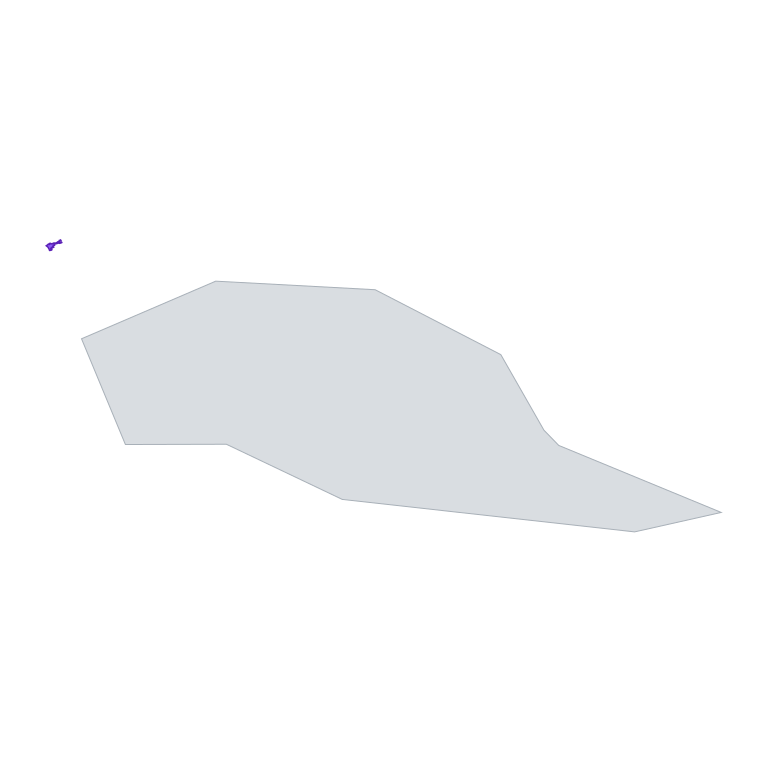 Meketii, Koror, Palau shown in context, rotated 87°
{"feature_id": "81905179B7875466527963", "entity_name": "Meketii", "entity_type": "district", "adm_level": 2, "iso_a3": "PLW", "parent_name": "Palau", "parent_adm1": "Koror", "projection": "mercator", "projection_center": [134.481, 7.348], "detail": "fine", "context": "in_parent", "style": "filled", "palette": "violet", "viewbox_px": 768, "rotation_deg": 87, "n_neighbors": 0, "source": "geoboundaries", "source_scale": "gbopen_adm2", "svg_char_len": 1767}
<svg xmlns="http://www.w3.org/2000/svg" viewBox="0 0 768 768"><g transform="rotate(87 384 384)"><path d="M430.9,645.4L323.0,683.7L272.5,546.7L289.4,387.9L360.8,265.8L438.5,226.7L454.5,212.7L529.9,54.0L544.8,141.5L497.1,431.7L435.9,544.6L430.9,645.4Z" fill="#d9dde1" stroke="#a8b0b8" stroke-width="1"/><path d="M231.2,708.3L231.8,708.7L232.1,708.8L232.1,709.1L232.0,709.4L231.8,709.6L231.4,709.7L231.1,709.6L230.9,709.4L230.6,709.1L230.3,708.7L230.1,708.3L230.1,708.0L230.3,707.8L230.4,707.7L230.4,707.4L230.1,706.8L229.9,707.0L229.9,707.5L229.3,707.6L229.0,707.5L228.8,707.4L228.7,707.1L228.5,706.2L228.3,705.8L227.9,706.0L227.5,706.2L227.2,706.0L226.2,701.4L226.3,701.1L226.5,700.8L226.5,700.5L226.3,699.5L226.2,699.3L226.0,698.5L225.8,698.4L225.7,698.7L225.7,699.5L225.7,699.8L225.5,700.2L225.2,700.8L224.5,700.7L224.2,700.7L223.9,700.5L223.9,700.2L223.9,699.7L224.0,699.4L224.1,699.1L223.9,699.1L223.8,699.3L223.7,699.4L223.6,699.2L223.3,699.4L223.2,699.5L223.3,699.7L223.5,699.6L223.7,699.9L223.7,700.0L223.7,700.3L223.7,700.6L223.8,700.6L224.2,700.9L224.4,701.2L224.7,701.7L225.1,702.7L225.4,702.8L225.7,703.1L225.8,703.7L226.1,704.8L226.2,705.3L226.0,705.6L226.4,706.1L226.4,706.3L226.0,706.2L226.0,706.8L226.2,707.2L226.3,707.4L226.5,707.7L226.7,708.0L226.8,708.2L226.7,708.4L226.5,708.7L226.4,709.1L226.3,709.7L226.3,710.0L226.5,710.3L227.0,710.5L227.1,710.8L226.8,710.8L226.5,710.8L226.2,710.7L226.3,711.0L226.7,711.3L226.8,711.6L226.9,712.1L227.3,712.6L227.7,713.1L228.2,713.8L228.3,714.0L229.5,712.7L229.9,712.3L230.6,712.0L231.0,711.8L231.1,711.7L232.3,711.2L232.8,711.1L233.1,711.0L233.1,710.4L233.1,710.2L233.0,709.5L232.8,709.1L232.8,708.9L232.5,708.8L232.2,708.6L231.7,708.5L231.2,708.3Z" fill="#8b5cf6" stroke="#5b21b6" stroke-width="1.5"/></g></svg>